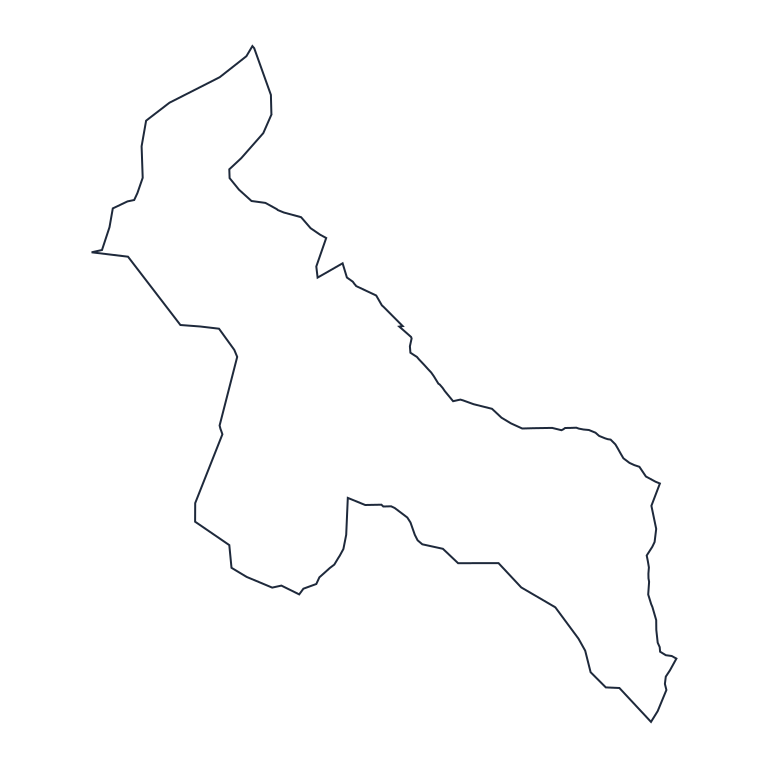 Nsukka, Enugu, Nigeria (Equal Earth projection)
{"feature_id": "59680162B36149280961759", "entity_name": "Nsukka", "entity_type": "district", "adm_level": 2, "iso_a3": "NGA", "parent_name": "Nigeria", "parent_adm1": "Enugu", "projection": "equal_earth", "projection_center": [7.435, 6.833], "detail": "fine", "context": "isolated", "style": "outline", "palette": "slate", "viewbox_px": 768, "rotation_deg": 0, "n_neighbors": 0, "source": "geoboundaries", "source_scale": "gbopen_adm2", "svg_char_len": 2208}
<svg xmlns="http://www.w3.org/2000/svg" viewBox="0 0 768 768"><path d="M402.7,326.1L383.4,306.7L381.9,305.4L376.2,295.5L356.2,286.1L355.4,285.0L354.7,284.3L352.8,281.7L346.9,277.5L342.6,263.3L317.6,277.6L316.3,266.5L326.2,238.0L320.1,234.7L310.6,228.2L301.1,217.2L283.8,212.5L277.7,210.0L276.9,209.2L265.4,202.9L251.5,201.0L239.0,189.7L229.6,178.1L229.3,169.3L241.3,158.1L263.3,133.1L271.5,114.4L271.4,114.1L270.9,94.9L254.2,48.2L252.4,46.1L246.4,56.2L243.5,58.5L219.7,77.2L169.5,102.7L167.0,104.6L149.7,117.9L146.1,120.7L141.6,146.3L142.7,177.8L137.4,193.1L134.2,200.0L127.5,201.4L112.8,208.4L109.5,227.2L102.0,250.0L91.6,252.3L128.0,256.7L180.4,325.0L200.3,326.5L219.0,328.7L234.3,349.9L237.2,356.9L219.6,425.5L220.5,429.0L221.2,430.8L222.4,434.3L195.2,503.1L195.1,521.7L229.3,545.1L231.5,567.8L246.6,576.9L272.2,587.6L281.4,585.6L299.2,594.4L303.4,588.7L316.3,584.0L319.4,577.3L324.6,572.7L329.8,568.0L334.3,564.6L338.4,557.8L339.7,555.8L343.4,549.0L346.2,534.8L347.8,497.9L365.2,505.0L381.4,504.7L383.3,506.5L391.1,506.3L394.7,508.0L407.3,517.5L410.5,522.5L414.8,534.8L417.6,540.3L422.3,544.3L442.9,548.8L458.1,563.2L498.5,563.1L521.2,587.4L555.3,607.3L578.5,638.7L585.2,650.7L590.6,672.2L605.8,687.4L619.4,688.0L651.0,721.9L657.7,711.1L666.4,690.0L664.9,683.9L665.8,676.6L669.9,670.4L676.4,658.6L671.7,656.0L665.8,655.2L660.1,651.7L659.7,647.1L657.7,642.7L656.3,629.9L656.2,620.1L652.4,607.0L651.2,604.2L648.2,594.5L649.1,581.8L648.5,578.4L648.4,573.7L648.9,567.4L647.8,560.9L646.7,555.5L652.3,546.8L654.6,542.0L656.2,528.9L651.4,505.8L659.9,483.5L655.5,481.7L645.9,476.5L639.4,466.8L634.3,465.1L629.5,462.9L623.4,458.3L620.6,453.5L617.7,448.3L615.4,444.4L610.6,439.6L607.8,439.2L605.0,438.3L599.1,435.9L595.5,432.7L588.9,430.0L583.5,429.5L578.8,428.6L576.3,427.7L571.1,427.9L565.1,428.0L563.3,429.3L561.5,430.2L552.1,427.9L533.3,428.2L522.2,428.5L511.0,423.4L501.5,417.7L492.0,408.8L473.6,404.2L463.1,400.4L460.4,399.6L458.0,400.1L453.1,401.2L444.8,391.1L442.7,388.0L439.7,384.5L438.4,383.7L433.8,376.2L431.2,372.5L428.0,369.1L424.2,364.9L419.0,359.4L416.9,356.9L414.2,355.2L410.4,352.7L409.9,346.3L411.6,338.5L411.1,337.0L399.3,326.6L402.7,326.1Z" fill="none" stroke="#1e293b" stroke-width="2"/></svg>